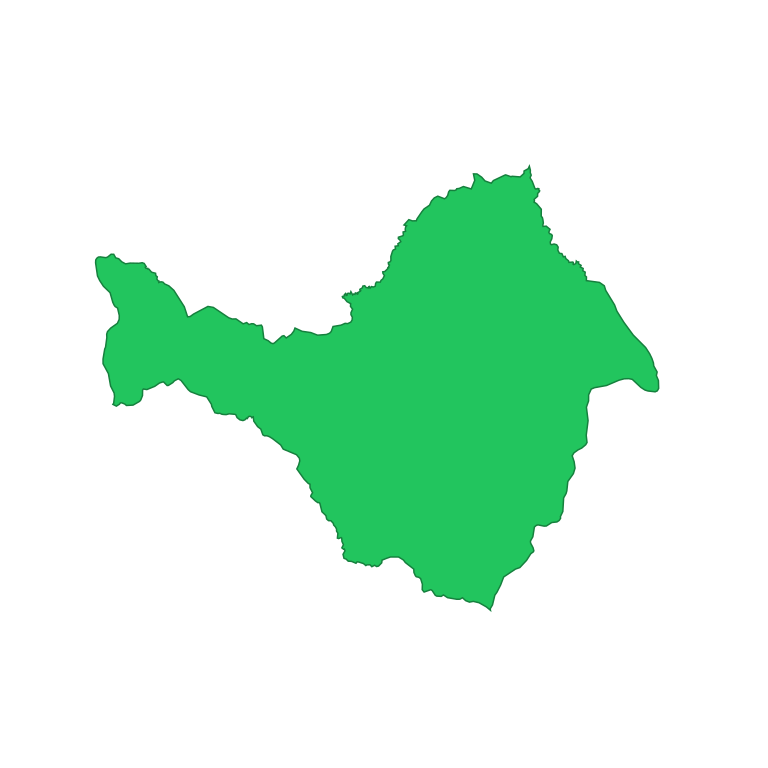 Riosucio, Caldas, Colombia, rotated 151°
{"feature_id": "7082276B83687707691324", "entity_name": "Riosucio", "entity_type": "district", "adm_level": 2, "iso_a3": "COL", "parent_name": "Colombia", "parent_adm1": "Caldas", "projection": "orthographic", "projection_center": [-75.735, 5.434], "detail": "fine", "context": "isolated", "style": "filled", "palette": "green", "viewbox_px": 768, "rotation_deg": 151, "n_neighbors": 0, "source": "geoboundaries", "source_scale": "gbopen_adm2", "svg_char_len": 6159}
<svg xmlns="http://www.w3.org/2000/svg" viewBox="0 0 768 768"><g transform="rotate(151 384 384)"><path d="M400.6,134.5L400.1,135.9L396.2,138.2L389.5,145.5L386.2,147.1L379.4,151.7L372.9,157.2L358.8,158.4L354.2,157.6L344.9,160.6L337.9,164.4L334.7,164.8L333.8,165.5L333.0,168.5L332.9,173.8L332.1,175.6L327.9,178.2L321.8,186.0L319.3,186.5L317.6,186.1L312.9,182.1L310.9,181.1L304.4,181.5L299.6,179.5L297.0,179.7L294.7,180.9L294.0,182.5L289.4,185.8L282.1,197.3L277.9,199.9L275.9,201.9L270.5,209.6L261.8,213.8L257.7,217.8L255.4,223.8L254.2,230.0L251.2,231.7L246.3,232.3L242.1,232.1L237.0,233.1L234.8,234.4L232.0,241.1L223.3,253.0L218.2,265.6L213.3,270.0L210.3,275.3L205.2,279.1L201.6,278.7L190.1,274.8L176.6,273.4L171.4,272.1L167.3,270.0L164.6,267.7L161.0,256.5L158.7,252.2L156.5,249.9L150.6,245.7L148.3,245.5L145.9,247.0L142.3,254.0L141.7,259.3L139.3,262.1L139.3,269.0L138.1,271.9L137.3,276.4L137.0,281.6L137.5,289.1L142.3,306.0L144.3,321.6L145.0,334.8L144.0,341.4L144.7,358.4L143.7,363.1L146.3,368.4L156.9,376.3L155.0,379.5L155.7,381.5L153.8,384.3L155.2,386.7L153.8,388.5L155.6,391.2L154.1,392.2L155.6,394.9L154.6,396.4L155.9,397.2L156.2,398.3L157.8,396.4L160.1,396.4L160.5,397.1L159.6,398.3L159.7,399.1L163.3,400.7L162.9,402.3L164.2,405.6L163.7,407.8L165.5,408.3L165.2,411.8L167.2,413.3L167.1,416.8L165.3,419.3L165.5,422.1L167.4,424.0L170.1,424.7L170.5,425.7L169.8,427.6L166.9,429.6L164.9,432.2L164.9,433.5L166.3,435.3L166.3,436.9L163.8,438.8L165.6,443.4L168.5,444.7L168.0,446.1L166.6,447.5L165.4,450.6L164.8,452.7L165.1,454.6L161.7,460.6L163.1,467.7L164.6,470.4L163.6,471.2L163.2,472.7L158.7,473.7L157.2,476.2L154.7,477.0L154.1,477.8L154.6,479.0L153.9,479.7L154.7,480.5L156.6,480.8L157.2,481.8L156.1,489.4L156.3,492.9L156.0,493.8L154.0,495.3L153.6,497.9L152.3,500.1L151.3,504.0L153.5,502.4L158.2,502.4L159.5,500.3L164.5,499.1L171.3,503.6L172.4,503.7L176.2,507.9L177.0,508.1L189.7,508.9L192.8,507.6L197.2,512.6L198.3,517.5L200.8,522.6L203.9,524.4L205.9,518.1L213.1,512.3L218.8,518.2L223.4,518.6L225.7,519.5L227.0,518.8L228.4,519.0L232.6,521.5L234.4,520.6L236.9,518.0L239.5,516.8L241.3,516.7L245.9,522.2L249.8,522.4L253.8,521.0L257.5,518.3L264.1,517.7L267.4,516.3L275.1,512.4L276.6,511.1L280.1,512.9L282.6,515.7L289.4,513.4L287.6,511.4L288.9,510.9L290.4,509.1L291.1,507.1L293.6,507.7L294.9,504.8L295.6,504.5L300.2,505.4L301.0,504.2L300.2,501.9L300.3,500.3L303.9,499.9L304.4,498.0L307.5,499.1L308.5,496.5L310.9,496.7L312.2,496.0L316.2,492.2L318.1,488.6L319.6,487.9L321.3,488.2L322.0,486.7L321.6,485.4L323.1,484.5L323.5,483.5L324.4,483.8L325.0,483.0L328.8,482.0L330.7,482.7L331.3,481.2L331.1,478.6L334.1,476.5L336.3,476.1L337.9,474.9L341.2,476.8L342.6,476.0L344.3,473.7L346.4,474.0L347.7,475.3L349.5,474.7L349.6,476.5L350.3,476.5L350.9,475.5L352.9,477.1L353.2,479.3L355.0,479.9L356.4,478.6L359.2,478.5L359.6,477.8L359.1,477.0L359.6,476.6L363.4,476.7L363.0,475.6L363.5,475.4L364.9,477.5L366.0,476.5L366.8,477.4L368.2,477.1L368.2,480.8L369.9,479.3L371.0,480.6L372.1,480.9L373.2,479.6L373.8,479.7L373.7,481.8L375.4,481.3L375.6,480.3L378.0,480.7L378.3,479.4L377.2,478.2L376.4,473.9L374.2,470.5L375.7,468.1L375.2,464.7L378.3,462.4L379.3,460.6L379.3,457.8L380.9,455.4L383.1,454.2L386.5,454.4L388.6,455.9L393.0,456.3L400.7,459.0L404.7,455.5L407.0,454.8L410.3,455.2L418.4,458.9L423.1,464.5L430.1,469.8L434.7,476.1L437.2,474.0L441.0,472.3L447.2,471.7L448.1,474.8L449.9,475.3L459.9,473.0L461.5,473.1L462.9,474.5L464.3,478.0L467.1,481.9L462.7,492.9L462.7,494.9L467.3,496.8L468.8,499.8L470.5,500.9L473.3,501.5L474.3,504.3L478.0,504.9L481.9,512.7L485.2,514.4L487.7,517.2L496.1,533.7L500.4,537.2L516.6,537.5L520.9,537.0L523.2,538.0L521.2,548.4L522.4,567.8L524.6,574.2L527.3,577.8L528.0,580.3L529.5,581.5L531.7,582.0L530.9,583.1L531.6,583.9L531.8,585.9L530.3,587.7L531.0,589.4L530.1,591.6L533.1,594.5L533.9,598.4L534.7,598.9L534.5,599.6L536.1,600.6L536.2,601.9L535.1,602.0L535.3,605.7L536.7,607.3L539.8,608.4L547.4,612.8L551.8,614.4L554.1,618.0L555.3,622.2L557.5,624.4L557.5,628.5L559.8,629.8L564.4,629.0L566.1,629.4L570.5,632.7L572.3,633.5L574.3,633.2L576.0,632.2L577.5,629.8L582.2,617.4L582.5,612.3L582.0,605.5L579.3,596.7L581.6,586.9L581.8,583.8L581.6,582.1L580.2,579.6L582.3,572.3L584.3,568.9L587.8,566.3L596.0,565.4L600.4,563.9L602.4,562.0L603.9,559.0L609.7,551.2L611.3,550.0L617.6,542.1L619.9,537.9L620.0,526.7L624.1,514.8L624.4,507.0L625.7,503.8L629.7,498.3L631.0,497.6L628.8,494.4L625.2,494.6L623.7,495.3L622.5,494.7L620.4,492.1L619.7,490.1L613.7,487.2L606.2,487.3L604.4,488.0L600.8,491.0L598.1,495.7L596.9,496.3L594.1,494.1L585.6,493.1L579.9,493.7L576.8,493.1L575.8,492.7L574.4,487.8L573.3,487.3L568.1,487.6L565.7,488.4L561.4,488.3L559.8,485.5L558.0,474.0L557.0,471.1L551.1,464.1L545.3,458.7L544.8,450.0L545.5,447.8L545.8,440.8L543.5,438.7L541.8,438.0L540.4,436.1L538.6,434.8L536.8,433.7L533.9,433.0L529.0,429.7L528.5,428.9L528.8,425.9L527.4,422.5L525.1,420.4L523.0,420.1L520.2,421.0L521.1,420.5L520.4,420.0L518.3,421.2L516.8,420.7L515.7,419.3L515.9,418.6L514.3,418.6L515.9,414.6L515.2,408.0L513.6,404.3L514.6,398.3L513.7,396.7L511.5,395.5L509.8,393.5L508.1,390.5L503.9,380.8L503.7,375.9L494.8,364.6L494.0,360.2L494.9,357.6L498.2,354.3L501.4,352.0L500.0,339.4L498.4,333.6L497.3,332.3L499.0,329.1L499.2,323.5L501.9,322.0L502.6,321.0L500.7,315.0L499.4,312.3L498.2,311.7L497.9,310.9L500.2,302.3L498.6,297.1L499.6,293.7L498.8,291.4L496.7,290.1L495.9,286.6L496.4,285.1L495.8,282.7L495.8,280.2L496.8,278.4L496.7,275.8L499.5,271.8L498.6,270.8L496.0,270.5L495.7,269.7L497.1,266.7L497.4,263.1L500.3,261.1L499.4,258.9L498.7,258.8L499.0,257.0L502.4,254.9L503.5,250.9L502.0,249.2L501.2,246.4L498.4,244.6L495.4,240.8L493.7,241.5L492.5,240.6L489.0,236.9L487.9,234.0L486.7,234.1L483.9,232.7L483.2,230.1L480.1,230.0L478.9,227.9L477.0,227.4L472.7,228.7L471.1,230.9L466.3,230.3L462.3,229.6L455.1,225.6L452.3,220.6L451.9,217.5L447.7,207.7L449.2,204.6L449.5,201.1L449.2,199.8L447.3,198.1L446.3,196.1L447.5,190.3L450.3,185.6L449.8,182.6L442.8,181.4L442.0,180.0L441.6,174.4L440.7,172.9L436.9,170.5L434.3,170.7L432.0,166.3L424.8,160.5L422.0,159.0L419.0,159.0L417.6,154.9L415.0,151.8L411.3,150.6L406.9,146.6L402.5,139.4L400.6,134.5Z" fill="#22c55e" stroke="#15803d" stroke-width="1.5"/></g></svg>